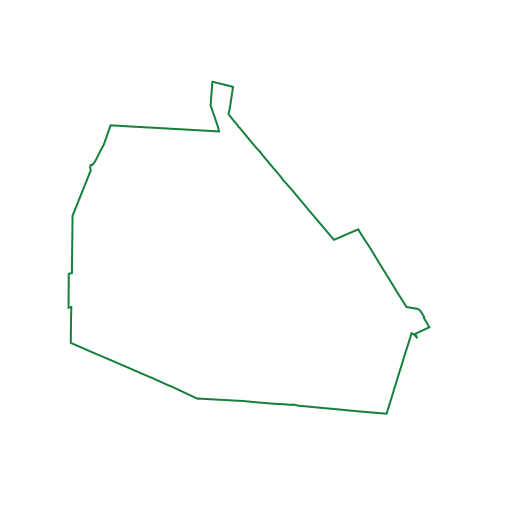 the district of Lovrin, Timis, Romania, rotated 18°
{"feature_id": "2599482B37768504608814", "entity_name": "Lovrin", "entity_type": "district", "adm_level": 2, "iso_a3": "ROU", "parent_name": "Romania", "parent_adm1": "Timis", "projection": "robinson", "projection_center": [20.769, 45.969], "detail": "fine", "context": "isolated", "style": "outline", "palette": "green", "viewbox_px": 512, "rotation_deg": 18, "n_neighbors": 0, "source": "geoboundaries", "source_scale": "gbopen_adm2", "svg_char_len": 2699}
<svg xmlns="http://www.w3.org/2000/svg" viewBox="0 0 512 512"><g transform="rotate(18 256 256)"><path d="M428.3,328.7L428.3,324.1L428.2,314.5L428.0,304.8L428.0,294.5L427.9,285.6L427.8,281.3L429.1,281.5L430.8,282.1L432.7,283.0L434.0,283.7L434.9,284.4L431.4,281.0L435.4,277.2L438.3,274.5L442.9,270.2L438.5,266.3L434.7,263.0L434.8,262.0L431.6,259.3L430.4,258.3L429.2,257.3L428.5,256.9L428.0,256.8L427.7,256.7L427.1,256.5L426.4,256.5L425.7,256.4L424.8,256.5L418.3,257.5L414.8,258.0L406.4,250.9L403.2,248.3L395.5,241.7L387.1,234.5L376.7,225.8L372.9,222.5L366.8,217.2L362.3,213.3L356.2,208.4L354.8,207.4L350.0,203.4L345.0,199.1L342.0,201.7L337.3,205.8L325.2,216.5L319.9,213.3L306.5,205.0L290.2,195.0L289.2,194.3L282.1,189.8L272.2,183.6L270.2,182.2L267.6,180.8L262.8,178.0L258.4,175.5L256.3,173.8L254.2,172.5L251.4,170.7L244.9,166.7L240.7,164.1L230.6,157.8L230.2,157.5L229.1,156.7L226.8,155.1L224.9,154.3L222.8,153.0L213.3,147.1L207.3,143.2L201.8,139.7L201.3,139.3L199.6,138.6L198.9,138.2L198.0,137.3L189.4,131.9L186.2,129.7L185.9,128.5L185.6,124.6L181.9,102.3L179.7,102.4L161.4,103.7L160.7,103.8L163.4,115.1L165.6,123.8L165.8,124.6L166.2,126.8L166.8,127.2L167.1,127.5L167.4,128.3L173.6,136.5L180.3,145.5L181.4,147.2L182.3,149.0L179.3,149.8L168.9,152.5L157.3,155.6L152.2,156.9L146.8,158.3L140.6,160.0L134.8,161.5L129.8,162.8L126.0,163.8L122.2,164.8L117.8,166.0L114.4,166.9L106.0,169.1L96.8,171.6L87.4,174.0L79.1,176.2L77.3,176.7L77.2,181.9L77.1,185.8L77.0,191.0L76.9,196.0L76.9,196.7L76.3,200.2L75.5,204.5L74.8,209.3L74.1,213.6L73.7,215.9L72.9,218.0L72.6,218.8L72.2,220.0L70.6,220.6L70.6,220.9L71.0,223.3L72.4,225.6L69.1,274.4L86.2,329.2L83.4,330.8L84.1,332.9L84.8,335.1L86.1,339.2L88.8,347.8L91.3,355.5L92.6,359.6L93.7,363.1L96.1,361.6L97.4,365.8L98.9,370.9L100.6,376.4L102.4,382.2L103.9,387.0L105.5,392.1L106.7,395.9L110.2,396.2L119.1,397.1L128.3,398.0L135.8,398.7L138.4,398.9L149.6,399.9L159.2,400.8L167.0,401.5L178.3,402.6L185.3,403.3L191.2,403.8L195.1,404.1L203.1,405.0L208.0,405.6L211.9,406.0L213.9,406.1L215.8,406.2L218.9,406.6L221.5,406.9L227.3,407.7L231.7,408.2L235.5,408.7L240.5,409.3L241.9,409.5L245.0,409.7L245.3,409.7L245.3,409.4L248.3,408.6L257.3,406.2L263.5,404.6L269.3,403.0L277.4,400.9L287.0,398.3L288.8,397.8L292.2,397.1L302.1,394.9L308.0,393.5L316.9,391.4L319.4,390.8L321.7,390.2L325.5,389.1L328.9,388.2L331.2,387.7L336.4,386.5L336.3,386.3L336.4,386.1L339.7,385.4L342.0,385.4L345.8,384.5L356.2,382.2L361.2,381.1L367.0,379.8L375.7,377.8L386.5,375.4L391.6,374.3L402.2,371.9L406.6,370.9L410.8,369.9L418.2,368.2L421.8,367.3L428.4,365.8L429.0,365.6L428.9,362.7L428.9,360.4L428.8,355.3L428.7,347.4L428.5,339.1L428.4,331.2L428.3,328.7Z" fill="none" stroke="#15803d" stroke-width="2"/></g></svg>